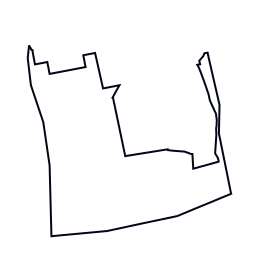 the district of Zemam Out, Al Qahirah, Egypt, rotated 80°
{"feature_id": "37247803B46264859714526", "entity_name": "Zemam Out", "entity_type": "district", "adm_level": 2, "iso_a3": "EGY", "parent_name": "Egypt", "parent_adm1": "Al Qahirah", "projection": "natural_earth1", "projection_center": [31.543, 29.966], "detail": "fine", "context": "isolated", "style": "outline", "palette": "ink", "viewbox_px": 256, "rotation_deg": 80, "n_neighbors": 0, "source": "geoboundaries", "source_scale": "gbopen_adm2", "svg_char_len": 1626}
<svg xmlns="http://www.w3.org/2000/svg" viewBox="0 0 256 256"><g transform="rotate(80 128 128)"><path d="M49.1,199.7L49.2,208.6L36.6,208.7L36.0,208.6L35.5,208.6L35.3,208.5L35.1,208.5L34.9,208.4L34.7,208.5L34.5,208.9L34.4,209.1L34.2,209.6L33.5,209.8L33.3,209.8L32.6,210.0L32.4,210.1L31.9,210.2L31.5,210.4L30.8,210.6L30.8,210.8L30.6,211.0L30.4,211.1L30.2,211.1L30.2,211.3L41.7,214.6L68.9,216.2L107.7,210.4L151.3,211.7L221.3,222.2L222.2,210.2L222.5,207.3L222.7,204.2L223.3,197.2L225.8,166.6L225.1,147.1L224.4,128.7L223.3,95.0L223.3,94.9L219.9,79.6L219.2,76.6L217.4,68.2L213.0,48.4L210.7,37.8L210.1,37.9L149.7,39.4L149.1,39.4L120.9,33.8L120.6,33.9L77.7,36.1L74.0,36.3L71.2,36.4L70.6,36.5L70.5,36.4L70.3,36.5L70.2,36.5L67.7,36.5L67.7,38.9L67.7,39.6L67.7,39.8L68.7,40.4L69.6,40.9L70.5,41.5L70.7,41.9L74.3,46.2L74.7,46.1L75.5,46.1L76.1,46.0L76.8,46.0L77.8,45.9L77.8,48.8L80.0,48.0L85.6,46.7L93.5,45.3L101.2,44.0L103.9,43.6L108.7,42.8L109.5,42.8L111.8,42.7L112.7,42.7L115.5,42.5L120.9,41.1L123.9,40.3L124.2,40.2L125.0,40.1L126.7,39.6L129.1,38.9L135.8,39.2L137.4,39.6L141.3,40.4L142.0,40.7L143.7,41.3L148.8,42.0L150.2,42.2L162.0,45.1L168.2,46.6L172.5,44.9L174.5,44.6L175.6,44.5L176.9,44.6L179.4,70.8L166.6,69.3L164.8,69.1L164.5,70.5L161.1,76.3L158.2,87.6L156.7,92.6L155.9,92.6L155.8,98.0L155.4,122.6L155.2,135.6L95.8,137.5L95.5,138.0L89.4,133.1L84.4,129.0L84.7,145.7L48.4,147.4L48.6,159.4L50.3,159.4L52.0,159.3L53.7,159.3L55.4,159.3L57.2,159.3L58.9,159.2L60.6,159.2L60.9,179.4L61.1,195.8L59.4,195.9L57.6,195.9L55.9,195.9L54.2,195.9L52.5,196.0L50.7,196.0L49.0,196.0L49.1,199.7Z" fill="none" stroke="#020617" stroke-width="2"/></g></svg>